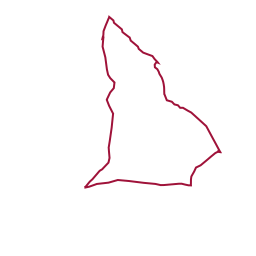 outline of Ar Reif Ash Shargi, South Kordufan, Sudan, rotated 40°
{"feature_id": "16777658B25449953916595", "entity_name": "Ar Reif Ash Shargi", "entity_type": "district", "adm_level": 2, "iso_a3": "SDN", "parent_name": "Sudan", "parent_adm1": "South Kordufan", "projection": "mercator", "projection_center": [29.773, 11.191], "detail": "fine", "context": "isolated", "style": "outline", "palette": "rose", "viewbox_px": 256, "rotation_deg": 40, "n_neighbors": 0, "source": "geoboundaries", "source_scale": "gbopen_adm2", "svg_char_len": 1838}
<svg xmlns="http://www.w3.org/2000/svg" viewBox="0 0 256 256"><g transform="rotate(40 128 128)"><path d="M50.7,75.5L50.9,74.6L51.0,74.5L51.3,75.0L53.4,78.0L56.3,82.1L56.5,82.2L65.3,88.5L65.5,88.7L74.1,96.6L78.5,100.0L82.3,101.2L88.3,101.8L88.4,102.0L88.5,102.0L91.5,106.6L91.5,106.8L91.5,112.2L93.4,119.5L93.6,119.6L93.7,120.1L99.2,123.1L107.4,126.6L107.5,126.8L115.3,138.3L122.2,149.4L125.5,154.9L125.6,155.2L128.3,158.0L133.1,162.8L135.3,167.1L134.8,175.1L134.8,175.5L134.8,176.1L133.9,178.7L133.9,178.8L133.8,179.4L133.7,190.2L133.2,193.7L133.3,200.5L133.2,200.6L133.6,201.0L136.0,197.9L139.0,192.8L140.1,190.9L148.2,182.4L153.6,174.4L162.8,168.0L175.3,159.9L185.0,153.2L189.8,150.7L192.4,148.4L202.7,138.1L204.9,136.2L208.2,134.6L211.2,133.0L213.1,131.5L212.7,131.1L209.2,126.8L207.7,124.4L207.6,123.9L206.6,118.6L205.5,114.6L207.6,109.9L208.9,102.8L210.0,96.3L211.0,91.0L212.1,88.5L213.2,87.8L213.5,87.6L213.2,87.5L213.7,87.3L213.5,87.2L213.8,87.0L213.2,86.8L203.2,82.8L200.1,81.6L186.8,76.3L166.5,75.5L162.6,76.3L157.1,77.2L155.0,79.0L151.6,78.5L148.4,80.1L144.7,79.7L139.9,81.8L134.0,78.6L133.9,78.6L133.8,78.4L133.4,78.0L132.4,76.9L131.2,75.5L130.5,74.7L129.0,73.1L128.6,72.8L127.6,71.9L127.4,71.7L126.9,71.3L125.4,70.1L123.7,69.0L121.6,67.8L120.8,67.5L117.5,66.4L116.9,66.1L115.5,65.2L113.7,64.5L112.7,64.1L112.4,64.1L109.6,64.2L107.8,62.4L107.7,62.2L107.5,59.8L107.5,59.4L107.9,59.2L108.6,58.8L108.9,58.7L108.5,58.6L104.1,58.1L100.6,57.2L100.4,57.2L97.1,58.4L91.2,60.5L90.9,60.5L85.4,60.5L83.3,59.3L73.9,59.3L71.1,57.6L70.7,57.7L62.2,58.1L59.9,56.4L49.6,56.4L47.7,55.0L44.3,55.0L42.2,55.0L42.3,55.2L42.4,55.3L43.0,57.4L43.8,59.9L44.1,60.8L44.4,61.9L44.8,63.1L44.9,63.5L47.0,69.5L47.5,70.2L47.6,70.3L49.5,72.8L49.9,73.8L50.2,74.5L50.3,74.7L50.4,74.9L50.6,75.3L50.7,75.5Z" fill="none" stroke="#9f1239" stroke-width="2"/></g></svg>